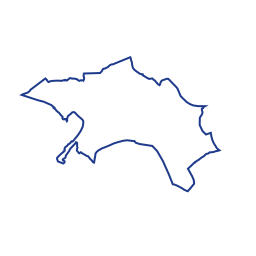 outline of Union, Castries, Saint Lucia, rotated 149°
{"feature_id": "8701671B1865604971664", "entity_name": "Union", "entity_type": "district", "adm_level": 2, "iso_a3": "LCA", "parent_name": "Saint Lucia", "parent_adm1": "Castries", "projection": "albers", "projection_center": [-60.963, 14.03], "detail": "fine", "context": "isolated", "style": "outline", "palette": "blue", "viewbox_px": 256, "rotation_deg": 149, "n_neighbors": 0, "source": "geoboundaries", "source_scale": "gbopen_adm2", "svg_char_len": 5727}
<svg xmlns="http://www.w3.org/2000/svg" viewBox="0 0 256 256"><g transform="rotate(149 128 128)"><path d="M199.5,132.2L199.5,132.3L199.6,132.5L199.7,132.8L200.0,133.2L200.2,133.3L200.3,133.5L200.4,134.1L200.3,134.4L200.2,134.6L199.9,134.7L199.5,134.8L199.0,134.8L197.6,134.7L197.0,134.8L196.8,134.9L196.6,135.1L195.8,136.0L195.3,136.5L194.2,136.9L193.7,137.1L191.7,138.0L190.7,138.4L189.6,139.1L187.8,140.1L187.4,140.2L187.2,140.3L186.8,140.4L186.4,140.4L186.0,140.5L185.4,140.8L185.1,140.9L184.9,140.9L184.4,141.0L183.1,141.4L182.3,141.6L181.2,141.9L180.9,142.0L180.3,142.3L179.9,142.6L179.6,142.3L179.3,141.6L179.3,141.4L179.9,140.3L180.6,139.4L180.8,139.0L181.0,138.6L181.1,138.4L181.3,137.7L181.4,137.2L182.0,136.7L182.6,136.3L182.9,136.0L183.0,135.8L183.2,135.5L183.3,135.2L183.4,134.8L183.4,134.6L183.3,133.8L183.0,132.2L182.9,131.8L182.9,131.6L182.8,131.4L180.9,131.5L180.6,130.8L180.6,130.5L180.4,130.1L180.2,129.8L180.0,129.3L178.8,127.3L178.4,126.5L178.3,126.2L178.1,125.9L177.9,125.6L177.6,125.1L177.2,124.6L176.9,124.4L176.6,124.0L176.6,123.6L176.6,123.2L176.6,122.9L176.6,122.3L176.5,122.0L176.4,121.5L176.3,120.7L176.2,120.4L175.8,119.2L175.8,118.5L175.7,118.1L175.7,117.5L175.6,117.2L175.4,116.4L175.0,115.8L174.6,116.1L173.0,118.1L170.7,120.7L168.9,122.9L167.2,123.6L165.3,124.0L161.1,124.0L157.9,123.4L153.4,122.7L148.2,122.1L143.7,121.0L139.1,119.7L135.0,117.9L129.8,113.8L128.6,113.4L129.2,113.3L129.0,111.5L126.4,108.4L116.4,100.1L114.9,93.3L115.1,81.7L116.9,66.9L118.6,56.7L117.3,55.6L116.0,53.9L114.3,51.2L112.8,48.7L111.7,46.3L109.9,43.6L109.3,43.0L104.7,44.5L100.0,46.2L98.4,49.7L97.9,53.5L97.6,62.2L88.5,64.2L88.2,64.0L87.8,64.4L86.3,64.2L85.7,64.3L84.2,64.4L83.6,64.3L83.0,64.4L82.0,64.6L81.1,64.7L80.7,64.7L79.8,64.8L78.1,64.8L77.4,64.7L76.8,64.8L75.6,65.3L75.0,65.4L74.5,65.4L73.9,65.3L72.5,64.9L72.3,64.8L70.5,65.1L69.0,64.2L66.8,63.3L65.3,63.1L62.9,62.2L61.1,61.8L61.7,63.3L61.9,63.7L62.0,64.1L62.2,65.1L62.3,65.5L62.3,65.9L62.2,67.5L62.2,68.0L62.3,68.8L62.3,69.0L62.3,70.9L61.9,73.9L61.7,75.0L61.3,76.2L61.1,77.1L60.9,77.6L60.7,78.1L59.9,80.5L59.5,81.2L64.5,82.3L65.7,87.2L65.0,93.7L61.6,99.1L61.3,99.6L60.4,100.2L58.5,101.1L57.3,101.8L56.7,102.3L56.2,102.9L55.7,104.1L55.6,105.0L54.8,106.5L54.4,106.6L53.6,106.4L53.3,106.4L53.1,106.6L52.5,107.1L51.9,107.1L51.2,107.0L50.7,107.0L57.5,111.2L58.6,112.3L59.3,112.8L60.1,113.4L60.5,113.9L61.1,114.6L61.6,115.3L62.2,116.1L62.6,116.6L63.8,119.0L64.5,120.5L65.1,123.2L65.6,124.4L66.0,126.5L66.4,127.8L66.2,130.3L65.7,133.2L65.3,136.2L65.5,138.1L68.1,149.2L69.0,150.0L69.5,150.2L71.8,150.7L73.5,151.1L75.1,151.1L76.6,150.3L77.8,149.1L78.9,148.5L79.8,150.2L80.0,151.5L80.6,155.1L81.3,156.3L81.6,157.9L84.6,159.2L84.6,159.3L85.8,161.1L86.8,163.1L88.2,165.6L87.7,166.3L89.8,168.2L91.6,172.1L92.6,174.9L92.8,176.7L92.5,178.2L92.0,179.8L91.3,181.2L90.8,182.6L90.4,184.7L89.8,186.1L89.6,187.5L108.3,190.4L109.4,191.0L110.2,191.1L110.7,191.1L111.7,191.1L112.0,191.0L113.7,190.6L114.5,190.6L115.5,190.8L116.6,190.7L117.5,191.0L118.8,191.5L119.1,191.4L121.4,190.1L122.3,189.9L123.1,189.7L123.6,189.5L137.7,197.4L138.1,197.1L138.3,196.8L138.5,196.5L138.7,196.3L138.9,196.1L139.0,195.8L139.3,195.4L139.4,194.9L139.5,194.4L139.7,194.2L139.8,193.9L139.8,193.5L140.0,193.2L140.3,192.8L140.8,192.3L141.1,192.2L141.8,191.6L141.9,191.9L142.0,191.9L142.2,192.1L142.4,192.3L142.6,192.4L142.8,192.5L143.1,192.6L143.2,192.8L143.4,192.8L143.5,193.0L143.8,193.2L144.0,193.2L144.4,193.3L145.3,193.4L145.5,193.5L145.9,194.2L146.2,194.9L146.4,195.2L146.4,195.3L146.4,195.5L146.6,195.7L146.7,196.0L146.8,196.3L147.1,196.5L147.4,197.0L147.6,197.1L147.8,197.2L148.1,197.6L148.3,197.7L148.4,197.8L148.6,198.0L149.3,198.5L149.6,198.7L150.2,198.9L150.4,199.1L150.7,199.4L151.1,199.7L151.3,200.0L151.9,200.6L152.2,200.7L152.6,200.7L153.4,200.5L153.8,200.5L154.1,200.5L154.3,200.4L154.6,200.4L155.0,200.3L155.3,200.4L155.6,200.2L155.9,200.3L156.5,200.5L156.7,200.8L156.7,201.1L156.8,201.2L156.9,201.5L157.7,201.4L157.9,201.9L160.5,202.6L164.7,205.3L169.7,207.9L172.4,208.3L172.5,208.5L172.7,209.1L172.8,209.3L172.8,209.6L172.8,210.0L172.8,210.5L172.8,210.8L172.8,211.0L172.9,211.3L173.0,211.6L173.0,211.8L173.2,212.6L173.3,213.0L192.0,211.0L192.4,210.7L192.8,210.5L193.2,210.4L193.5,210.3L194.8,210.1L195.5,210.0L195.8,210.1L196.3,210.1L196.5,210.2L196.9,210.3L197.5,210.4L197.9,210.5L198.2,210.5L198.4,210.6L198.6,210.6L199.2,210.8L199.6,210.8L200.0,210.9L200.3,211.0L201.0,211.0L201.3,211.1L202.1,211.1L190.8,198.1L186.6,193.8L181.9,187.1L180.8,183.9L181.2,184.0L181.5,183.7L180.9,182.3L180.6,181.2L180.5,180.4L180.4,180.0L180.4,179.6L180.2,178.8L179.9,178.0L179.7,177.5L179.5,177.2L179.3,176.3L179.1,175.1L179.0,174.3L179.0,173.8L178.6,172.7L178.5,172.2L178.4,171.5L178.4,170.9L179.2,170.3L179.2,169.1L178.5,168.3L177.6,168.3L176.8,167.8L176.8,166.6L176.9,165.3L176.4,165.5L175.6,167.1L174.7,168.0L173.1,169.2L170.3,169.5L167.8,170.1L166.2,169.6L165.5,168.3L164.5,163.8L163.7,161.5L162.8,158.7L162.7,157.2L163.8,155.2L166.3,152.3L170.1,149.8L174.5,147.7L182.3,144.9L182.4,145.1L182.6,145.3L182.9,145.5L183.2,145.6L183.8,145.5L184.5,145.2L184.9,144.9L185.2,144.9L185.7,144.8L186.0,144.7L186.9,144.7L187.6,144.8L187.8,144.8L188.4,144.4L188.8,144.2L189.0,144.2L189.6,144.0L189.9,144.0L190.3,144.0L190.5,144.1L191.5,143.8L191.9,143.7L192.3,143.6L192.6,143.3L192.9,143.1L193.2,142.8L193.2,142.4L193.4,142.1L193.6,141.7L193.9,141.4L194.1,141.1L195.1,141.3L195.3,141.1L195.5,140.7L197.6,140.5L198.3,140.4L199.6,140.1L201.5,139.7L204.2,138.9L204.3,138.7L204.5,138.3L204.7,137.9L204.9,137.5L204.9,137.1L205.2,135.8L205.3,135.5L201.8,130.9L201.4,130.9L201.1,131.0L200.5,131.1L200.3,131.2L200.0,131.4L199.8,131.7L199.6,131.9L199.5,132.2Z" fill="none" stroke="#1e3a8a" stroke-width="2"/></g></svg>